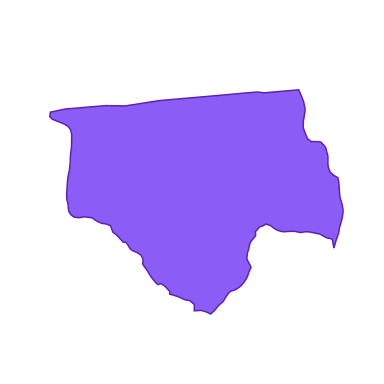 outline of Bomachoge Borabu, Nyanza, Kenya, rotated 189°
{"feature_id": "3690345B98322463475232", "entity_name": "Bomachoge Borabu", "entity_type": "district", "adm_level": 2, "iso_a3": "KEN", "parent_name": "Kenya", "parent_adm1": "Nyanza", "projection": "orthographic", "projection_center": [34.745, -0.906], "detail": "fine", "context": "isolated", "style": "filled", "palette": "violet", "viewbox_px": 384, "rotation_deg": 189, "n_neighbors": 0, "source": "geoboundaries", "source_scale": "gbopen_adm2", "svg_char_len": 2246}
<svg xmlns="http://www.w3.org/2000/svg" viewBox="0 0 384 384"><g transform="rotate(189 192 192)"><path d="M198.1,87.6L194.1,87.2L188.0,86.2L182.6,84.5L176.9,84.3L174.6,82.8L172.1,81.3L171.2,75.0L164.5,76.5L159.7,75.9L154.5,74.4L151.1,78.6L148.1,83.9L144.1,88.7L141.8,94.4L139.6,98.4L138.3,100.0L135.3,101.5L133.8,102.3L132.3,103.5L128.8,107.2L126.3,111.2L124.4,115.9L123.8,118.3L123.5,121.0L121.9,126.9L123.2,128.8L124.3,130.3L126.5,133.1L127.5,135.3L127.7,140.3L127.1,144.8L127.0,147.3L126.5,151.3L125.4,153.6L123.6,156.4L122.3,158.7L123.1,162.8L121.1,165.8L119.7,168.2L116.4,169.8L114.4,171.8L109.8,171.3L108.2,170.6L106.5,169.6L103.6,168.3L101.1,167.5L97.5,167.0L95.0,167.1L92.0,167.8L88.9,168.5L84.5,169.2L78.6,168.9L74.3,170.3L71.0,170.9L65.6,170.8L59.1,170.4L53.7,168.5L51.7,167.8L48.4,167.6L46.1,167.3L43.1,158.8L42.1,166.8L41.3,171.2L41.0,173.1L40.7,175.2L40.8,179.4L40.4,182.3L40.1,184.5L39.6,189.9L39.6,194.5L39.8,196.8L40.2,198.7L42.1,204.0L45.0,209.9L46.4,215.3L46.9,217.6L47.4,219.9L48.6,224.9L49.5,227.3L50.3,229.0L53.9,230.4L56.0,231.5L58.9,233.6L61.2,237.6L62.3,241.6L62.7,244.7L63.4,248.8L64.5,251.2L66.8,256.6L68.7,258.5L72.5,261.5L74.8,261.5L77.3,261.2L82.4,260.5L86.2,262.8L88.9,267.0L91.0,270.6L92.1,272.9L92.5,274.6L93.1,279.6L93.1,281.7L93.0,284.0L93.0,289.0L93.3,291.3L94.0,293.8L96.0,298.9L99.6,305.0L101.1,307.3L102.6,309.6L136.4,301.2L143.1,301.0L157.8,297.4L174.2,293.2L195.1,288.0L230.6,279.2L238.8,277.1L271.4,266.6L290.9,263.8L330.0,254.2L344.4,248.7L344.2,244.1L341.3,242.0L337.5,241.1L333.5,240.3L328.5,239.0L324.7,237.4L321.6,234.4L319.9,230.2L319.2,225.8L318.6,221.4L318.0,216.6L317.8,209.2L316.9,202.1L316.5,194.3L316.9,187.8L316.7,183.4L316.3,179.2L315.9,175.0L315.5,170.4L314.4,164.9L312.5,160.7L311.7,156.9L310.8,153.8L308.3,150.8L304.5,148.7L299.1,149.0L294.7,150.6L290.3,150.8L286.3,150.8L283.5,149.2L280.2,147.9L276.0,146.9L271.9,147.0L267.2,146.0L266.0,143.7L263.8,139.9L259.8,137.8L255.6,134.5L252.1,131.7L249.3,131.9L246.8,129.4L244.7,126.7L241.8,124.8L237.4,123.8L232.5,121.7L229.6,117.5L229.6,113.3L226.4,109.9L224.1,107.6L221.8,104.9L219.5,102.1L216.4,99.2L214.0,97.1L211.1,95.2L208.2,96.7L204.2,94.8L201.2,92.5L198.4,90.3L198.1,87.6Z" fill="#8b5cf6" stroke="#5b21b6" stroke-width="1.5"/></g></svg>